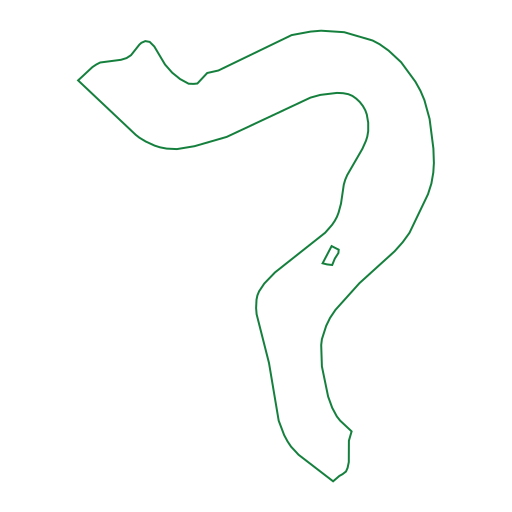 an SVG outline of Qina
{"feature_id": "EGY-1551", "entity_name": "Qina", "entity_type": "Governorate", "adm_level": 1, "iso_a3": "EGY", "parent_name": "Egypt", "parent_adm1": "", "projection": "mercator", "projection_center": [32.546, 25.704], "detail": "fine", "context": "isolated", "style": "outline", "palette": "green", "viewbox_px": 512, "rotation_deg": 0, "n_neighbors": 0, "source": "natural_earth", "source_scale": "10m", "svg_char_len": 1467}
<svg xmlns="http://www.w3.org/2000/svg" viewBox="0 0 512 512"><path d="M145.3,41.1L149.7,41.9L154.3,46.5L165.0,64.5L172.2,72.7L180.0,79.0L188.6,83.7L193.6,83.9L197.4,83.5L207.2,73.0L218.4,70.5L291.6,35.1L310.5,31.6L321.1,30.7L344.2,32.2L372.6,40.5L379.6,44.2L388.6,50.6L401.1,62.2L415.4,81.7L420.5,90.9L424.4,100.1L429.6,119.0L433.4,148.6L433.9,163.1L433.3,172.5L431.4,183.5L428.0,194.2L409.5,232.8L402.7,242.2L394.6,251.3L359.5,283.1L335.5,309.8L330.1,317.8L326.2,325.8L321.9,339.2L321.2,345.0L321.9,366.4L328.1,396.5L332.2,407.8L336.8,416.4L340.1,420.6L351.6,431.4L348.9,440.7L348.8,462.1L347.6,467.8L346.0,471.5L342.5,474.2L339.4,475.9L333.1,481.3L298.6,454.8L291.0,446.6L287.6,441.5L284.2,435.2L278.7,420.7L269.0,363.0L256.6,314.2L256.1,308.0L256.5,299.7L257.4,295.4L259.1,291.3L264.3,283.5L275.0,272.4L325.2,232.7L332.1,224.8L334.8,220.8L337.0,216.7L338.6,212.5L341.0,203.6L343.8,184.6L345.2,179.8L347.2,175.1L362.4,148.8L366.0,140.7L367.3,136.5L368.2,131.1L368.2,122.7L366.8,114.5L365.3,110.3L362.9,106.0L359.8,102.0L356.2,98.6L352.4,95.9L348.4,94.2L343.2,93.2L337.0,92.9L320.3,94.9L310.5,97.6L226.7,136.9L194.5,146.2L176.9,149.1L166.6,148.6L159.9,147.3L154.6,145.6L145.7,141.5L139.4,137.7L135.7,134.8L78.1,80.4L92.4,67.1L96.3,64.5L100.2,62.5L121.0,59.8L126.5,58.1L131.0,55.2L139.4,44.6L141.4,42.8L145.3,41.1ZM332.2,265.0L334.8,258.6L338.4,253.0L338.7,249.7L331.6,246.1L322.6,263.3L327.0,264.4L332.2,265.0Z" fill="none" stroke="#15803d" stroke-width="2"/></svg>